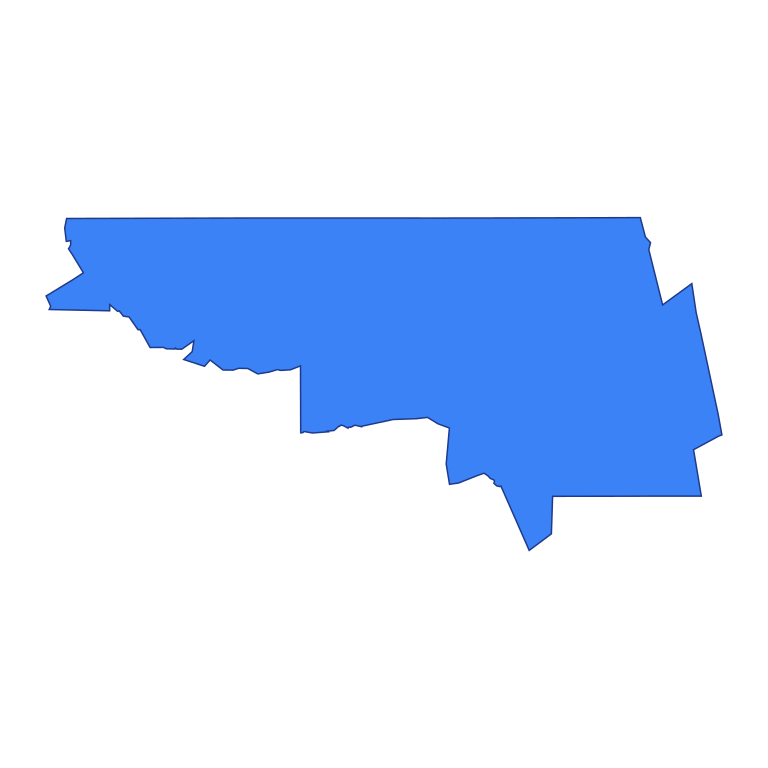 Naco, Sonora, Mexico
{"feature_id": "50627088B11700552359479", "entity_name": "Naco", "entity_type": "district", "adm_level": 2, "iso_a3": "MEX", "parent_name": "Mexico", "parent_adm1": "Sonora", "projection": "orthographic", "projection_center": [-110.037, 31.187], "detail": "fine", "context": "isolated", "style": "filled", "palette": "blue", "viewbox_px": 768, "rotation_deg": 0, "n_neighbors": 0, "source": "geoboundaries", "source_scale": "gbopen_adm2", "svg_char_len": 1736}
<svg xmlns="http://www.w3.org/2000/svg" viewBox="0 0 768 768"><path d="M640.3,217.6L584.6,217.8L526.2,217.9L487.2,218.0L471.7,218.0L471.3,218.0L453.3,218.0L452.8,218.0L452.0,218.0L450.9,218.0L449.7,218.0L448.5,218.1L447.3,218.1L446.1,218.1L444.6,218.1L444.3,218.0L443.6,218.1L442.9,218.1L442.3,218.1L441.0,218.1L439.2,218.1L438.9,218.1L402.3,218.0L300.2,218.0L266.0,218.0L252.1,218.0L66.9,218.5L66.6,218.5L64.7,228.0L66.3,241.4L70.6,240.6L70.7,244.6L69.6,247.1L68.5,248.8L72.3,254.5L83.4,272.8L72.2,280.1L46.1,296.0L50.7,306.2L49.2,309.5L62.7,309.8L72.1,310.0L109.7,310.8L109.7,304.6L117.6,311.3L119.1,310.9L121.0,313.1L123.3,316.1L129.1,317.0L138.0,329.7L140.2,329.7L150.1,347.5L163.4,347.4L166.3,348.8L175.0,349.0L175.4,348.1L176.8,349.1L181.8,349.2L193.9,340.7L192.2,351.6L183.7,359.5L204.5,366.3L210.1,360.0L223.0,370.0L233.2,370.1L238.6,368.3L247.8,368.5L257.8,373.9L269.0,372.1L277.4,369.6L280.7,370.4L290.4,369.8L300.5,365.9L300.7,432.8L302.7,432.7L304.1,431.5L312.4,433.0L327.9,431.8L327.1,431.2L333.8,430.5L335.1,429.6L338.8,426.2L339.3,426.4L341.0,425.1L343.5,425.7L348.0,428.2L348.3,427.4L349.9,427.0L350.6,427.3L353.5,425.9L353.7,425.5L355.8,425.3L361.7,426.8L361.9,426.2L393.1,419.5L416.3,418.7L425.0,417.7L427.5,417.4L429.8,418.8L438.0,423.8L449.4,428.0L446.2,464.0L449.5,484.3L458.6,483.0L477.0,475.7L484.1,473.2L487.9,475.8L490.4,478.5L493.8,479.9L494.5,481.0L493.9,483.3L496.6,485.8L499.8,486.6L500.9,486.0L510.1,506.9L529.2,550.4L551.4,533.8L552.6,496.3L627.4,496.2L652.2,496.1L657.9,496.1L701.3,496.1L694.6,455.9L693.5,449.7L718.3,436.3L721.9,434.9L718.2,414.5L701.1,334.4L696.2,312.8L691.8,283.6L662.6,304.9L648.8,249.6L650.5,242.6L645.4,237.0L640.3,217.6Z" fill="#3b82f6" stroke="#1e3a8a" stroke-width="1.5"/></svg>